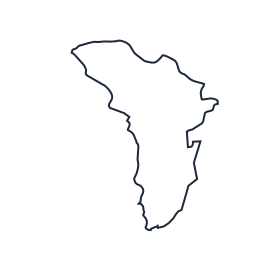 Alicante, Equal Earth projection, rotated 117°
{"feature_id": "ESP-5803", "entity_name": "Alicante", "entity_type": "Autonomous Community", "adm_level": 1, "iso_a3": "ESP", "parent_name": "Spain", "parent_adm1": "", "projection": "equal_earth", "projection_center": [-0.576, 38.363], "detail": "fine", "context": "isolated", "style": "outline", "palette": "slate", "viewbox_px": 256, "rotation_deg": 117, "n_neighbors": 0, "source": "natural_earth", "source_scale": "10m", "svg_char_len": 2142}
<svg xmlns="http://www.w3.org/2000/svg" viewBox="0 0 256 256"><g transform="rotate(117 128 128)"><path d="M176.7,43.1L179.3,45.3L182.7,46.1L188.3,46.7L194.2,48.5L199.5,51.5L203.4,56.0L202.9,56.3L201.7,57.2L203.1,57.9L204.1,59.0L207.5,61.8L208.7,61.4L209.5,63.4L209.5,66.0L208.7,67.2L206.4,67.4L204.3,67.9L202.4,69.0L200.7,70.7L199.2,74.1L199.0,74.5L198.5,75.1L196.1,75.2L195.2,75.7L193.6,77.3L192.2,78.1L190.9,79.2L189.7,81.8L190.6,84.1L188.1,83.5L186.4,83.9L184.7,84.7L182.5,85.1L178.8,85.2L177.1,85.8L175.3,87.2L173.9,89.9L173.8,92.3L174.0,94.5L173.2,96.9L171.3,98.9L169.5,99.7L164.4,99.7L158.8,101.0L155.7,102.3L151.7,105.2L139.9,110.3L138.0,111.7L137.3,113.6L136.3,114.3L131.8,119.5L130.4,121.9L129.9,125.1L130.0,126.8L129.5,127.5L125.5,127.7L123.7,128.3L122.5,129.6L122.0,132.1L117.6,131.8L116.5,138.3L118.3,153.2L116.9,155.2L114.7,155.7L110.3,155.4L107.5,156.1L105.2,158.0L103.5,160.6L102.2,163.3L101.4,165.6L100.8,168.2L100.5,175.1L99.9,185.9L99.7,188.9L98.6,190.4L95.3,191.7L92.9,194.3L91.7,196.5L86.7,209.5L86.5,212.2L86.5,212.4L86.4,212.4L84.1,212.9L83.2,212.6L82.6,212.3L82.0,211.5L81.0,210.7L80.0,210.0L77.8,209.4L76.8,208.8L71.5,203.0L70.6,202.2L67.1,198.0L66.3,196.7L64.9,193.6L63.2,190.8L62.4,189.7L61.0,187.1L59.0,182.8L56.4,178.5L55.9,177.8L55.2,177.0L54.3,175.9L53.6,174.2L53.0,171.3L52.7,168.0L53.3,165.0L54.0,163.2L57.6,157.5L58.6,155.2L58.9,153.9L59.8,148.8L60.1,147.6L60.6,144.8L60.7,142.8L58.9,136.3L57.5,134.0L56.9,133.4L55.4,132.4L50.9,130.8L48.4,130.4L47.4,130.0L46.9,128.4L46.5,125.9L46.5,119.2L46.7,116.7L47.6,114.9L48.4,113.7L53.1,109.2L54.0,108.2L54.5,107.0L54.9,105.7L54.6,101.9L55.1,99.4L56.3,94.9L56.3,90.7L54.2,80.3L56.2,79.7L56.8,79.8L59.8,80.0L62.3,79.6L64.5,78.7L68.3,75.9L68.9,75.3L68.9,74.7L68.1,73.5L67.3,72.5L66.0,70.4L65.3,69.5L64.1,67.8L63.3,65.8L62.7,62.7L62.8,61.4L63.3,60.3L64.5,59.8L65.6,58.9L67.4,60.9L68.3,61.4L69.6,61.5L72.2,60.8L73.5,60.8L74.7,61.6L77.9,65.3L79.7,66.2L88.2,64.0L90.4,64.3L100.1,70.0L102.2,72.5L104.5,73.9L117.9,65.9L116.3,63.5L114.7,62.7L113.0,62.9L110.7,63.8L107.0,57.4L129.1,53.5L142.1,43.3L152.1,47.9L176.7,43.1Z" fill="none" stroke="#1e293b" stroke-width="2"/></g></svg>